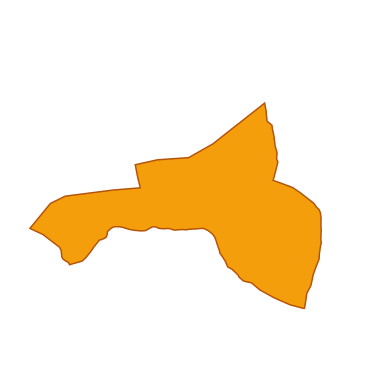 the district of As Salam - SD, Southern Darfur, Sudan, rotated 288°
{"feature_id": "16777658B71256064026626", "entity_name": "As Salam - SD", "entity_type": "district", "adm_level": 2, "iso_a3": "SDN", "parent_name": "Sudan", "parent_adm1": "Southern Darfur", "projection": "robinson", "projection_center": [24.695, 11.734], "detail": "fine", "context": "isolated", "style": "filled", "palette": "amber", "viewbox_px": 384, "rotation_deg": 288, "n_neighbors": 0, "source": "geoboundaries", "source_scale": "gbopen_adm2", "svg_char_len": 1718}
<svg xmlns="http://www.w3.org/2000/svg" viewBox="0 0 384 384"><g transform="rotate(288 192 192)"><path d="M200.4,129.6L189.2,135.8L180.0,141.5L179.3,139.9L176.9,134.1L169.4,116.2L165.5,107.9L162.8,102.2L150.7,76.6L148.7,72.5L137.4,60.9L107.3,49.1L105.5,63.4L98.6,82.9L96.0,85.6L90.4,88.1L88.6,89.5L87.5,92.6L87.4,92.9L86.9,96.0L85.0,98.1L87.3,101.3L89.3,104.4L92.3,108.8L96.4,111.2L103.5,113.9L109.5,115.7L113.6,117.3L117.8,118.8L118.7,120.6L121.2,123.3L122.7,124.4L124.4,124.4L126.4,124.3L128.2,123.8L132.2,126.1L134.6,128.2L135.6,130.6L136.6,134.2L137.0,137.2L137.0,140.7L137.1,144.2L137.8,149.2L138.4,151.8L139.3,155.8L140.9,159.7L143.0,161.7L146.5,164.9L147.7,168.2L147.2,170.9L147.5,173.3L148.2,176.2L149.6,179.7L150.3,182.2L150.2,184.5L150.3,187.1L151.5,190.0L152.9,193.2L153.6,195.6L154.4,198.6L155.6,200.6L158.6,208.4L160.1,211.7L160.8,213.9L160.8,215.9L160.3,219.4L158.3,224.6L156.2,227.5L153.2,229.9L149.4,232.6L145.1,235.9L142.5,237.4L139.8,241.0L136.3,245.2L131.8,249.1L130.9,253.9L127.4,261.3L125.5,263.2L123.4,268.1L123.4,271.0L124.0,276.6L119.8,286.9L116.8,302.6L116.0,310.0L115.0,320.4L115.6,330.4L115.7,333.6L116.2,334.9L120.7,334.3L131.1,332.5L139.8,334.0L151.0,332.8L159.4,333.1L167.5,333.6L172.7,332.2L181.0,330.8L183.4,330.7L187.3,329.0L193.6,327.2L195.5,326.7L199.8,325.0L207.4,322.7L212.1,320.4L214.5,318.3L216.0,315.2L218.9,311.3L224.7,295.4L227.3,286.5L227.8,276.0L228.1,265.6L238.8,265.0L247.1,264.4L249.6,262.2L255.8,260.7L261.3,256.9L270.8,252.5L276.4,249.2L280.2,247.4L282.5,241.6L284.2,240.8L288.8,238.7L291.1,237.9L299.0,233.6L291.0,228.3L281.2,221.7L270.7,214.7L270.2,214.3L244.1,196.9L223.6,178.1L212.0,149.3L200.4,129.6Z" fill="#f59e0b" stroke="#b45309" stroke-width="1.5"/></g></svg>